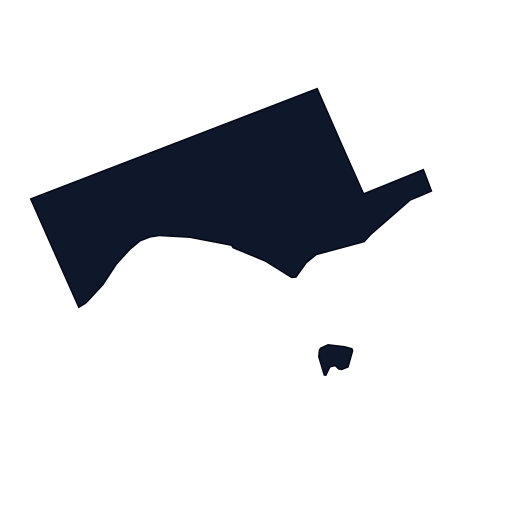 outline of Erie, Ohio, United States of America, rotated 158°
{"feature_id": "52423323B39503954322515", "entity_name": "Erie", "entity_type": "district", "adm_level": 2, "iso_a3": "USA", "parent_name": "United States of America", "parent_adm1": "Ohio", "projection": "orthographic", "projection_center": [-82.666, 41.452], "detail": "fine", "context": "isolated", "style": "filled", "palette": "ink", "viewbox_px": 512, "rotation_deg": 158, "n_neighbors": 0, "source": "geoboundaries", "source_scale": "gbopen_adm2", "svg_char_len": 744}
<svg xmlns="http://www.w3.org/2000/svg" viewBox="0 0 512 512"><g transform="rotate(158 256 256)"><path d="M136.6,388.3L443.5,393.3L441.6,336.1L441.5,332.9L439.5,274.8L431.1,276.3L408.9,286.7L388.5,300.8L370.6,309.4L357.9,313.5L347.0,313.4L337.9,311.2L310.7,298.4L283.8,281.1L274.6,275.1L274.1,272.3L249.2,247.8L232.9,225.4L231.1,222.9L230.6,222.7L226.9,221.5L211.9,231.0L199.6,234.8L150.4,228.8L141.4,233.1L92.2,250.1L69.0,250.5L68.5,273.4L99.1,273.3L133.0,273.3L134.9,329.1L136.6,388.3ZM201.9,132.0L201.8,134.0L207.9,138.7L222.5,146.7L230.6,146.3L232.2,145.2L232.3,145.1L235.5,139.2L237.3,120.1L235.9,119.3L229.1,125.5L223.6,124.8L221.6,120.3L219.2,118.7L212.2,118.7L201.9,132.0Z" fill="#0f172a" stroke="#020617" stroke-width="1.5"/></g></svg>